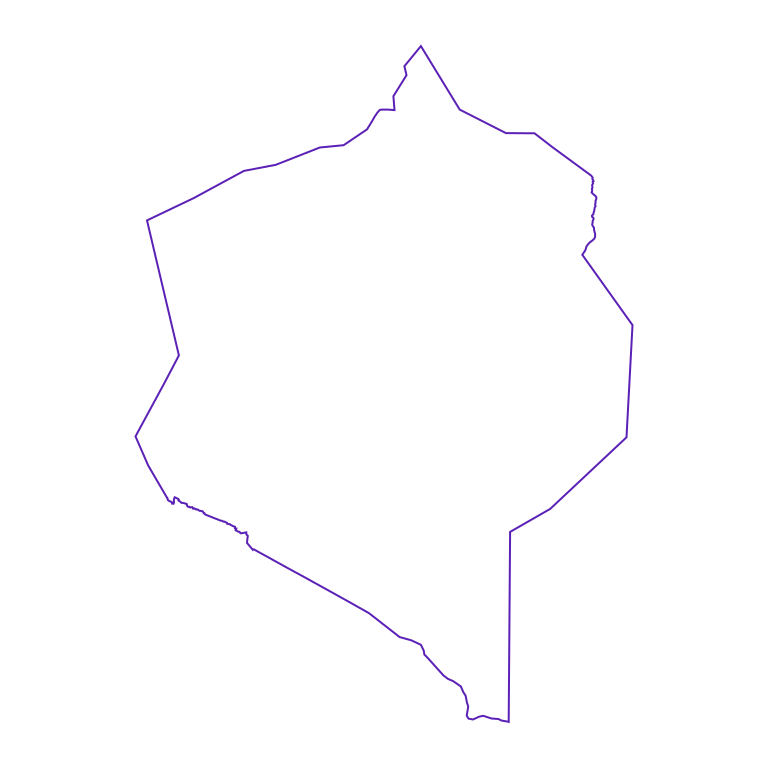 the district of Bugat, Govi-Altay, Mongolia
{"feature_id": "93677404B31159803957076", "entity_name": "Bugat", "entity_type": "district", "adm_level": 2, "iso_a3": "MNG", "parent_name": "Mongolia", "parent_adm1": "Govi-Altay", "projection": "mercator", "projection_center": [93.829, 45.194], "detail": "fine", "context": "isolated", "style": "outline", "palette": "violet", "viewbox_px": 768, "rotation_deg": 0, "n_neighbors": 0, "source": "geoboundaries", "source_scale": "gbopen_adm2", "svg_char_len": 4815}
<svg xmlns="http://www.w3.org/2000/svg" viewBox="0 0 768 768"><path d="M632.5,325.1L582.3,254.8L584.3,251.8L585.2,250.5L585.8,248.9L586.1,247.6L586.7,246.2L588.0,244.3L590.0,242.2L592.5,240.4L594.4,238.6L595.1,236.6L595.1,233.9L594.0,229.5L594.0,227.8L593.6,227.1L592.8,226.1L592.2,224.8L592.4,223.6L592.7,222.1L592.6,221.1L593.1,220.1L593.6,218.7L593.1,217.6L592.1,216.8L592.0,215.6L593.4,214.1L593.7,212.2L594.2,211.1L594.4,209.6L594.7,207.5L595.6,206.1L595.1,204.5L595.6,202.3L595.5,200.7L596.3,199.0L596.4,197.8L595.9,196.4L595.0,195.6L592.6,193.6L591.6,192.3L592.1,191.4L592.0,190.6L592.2,189.8L591.9,188.8L592.5,187.5L592.4,186.8L592.1,185.5L592.3,184.7L593.1,183.5L592.8,182.7L592.7,181.7L593.5,181.3L593.4,180.5L592.3,178.9L592.7,177.6L591.2,175.6L552.2,147.0L534.5,133.3L505.9,133.1L459.7,109.6L420.9,46.1L404.4,66.2L406.5,75.2L393.4,96.2L394.5,110.1L388.2,109.6L383.0,109.6L380.4,109.7L379.4,110.3L377.4,112.6L374.6,116.7L372.3,120.8L367.0,129.4L343.6,145.2L319.8,147.5L275.8,164.8L243.9,170.9L193.7,198.1L147.0,220.4L178.9,355.4L164.9,382.1L135.5,436.4L148.2,465.5L167.1,497.9L167.3,497.9L167.4,498.2L167.6,498.7L167.6,498.8L167.7,499.1L167.7,499.5L167.8,499.8L168.0,500.1L168.2,500.3L168.6,500.6L168.8,500.7L169.2,501.0L169.4,501.2L169.7,501.3L169.9,501.4L170.2,501.4L170.5,501.4L170.7,501.5L170.8,501.6L171.2,501.9L171.4,502.1L171.6,502.3L171.9,502.3L172.1,502.4L172.1,502.5L172.1,502.9L172.1,503.0L172.1,503.3L172.1,503.5L172.3,503.5L172.5,503.5L172.8,503.6L173.2,503.8L173.4,503.8L173.6,503.7L173.8,503.3L173.9,503.0L173.9,502.8L173.9,502.1L173.9,499.5L174.7,497.3L175.1,497.5L175.5,497.7L175.9,497.8L176.2,497.9L176.5,498.1L177.0,498.3L177.6,498.7L178.2,499.0L178.5,499.2L178.6,499.4L178.8,499.6L178.7,499.9L178.7,500.1L178.5,500.5L179.0,500.9L179.4,501.2L179.9,501.4L180.2,501.6L180.5,501.8L180.7,502.0L180.9,502.3L181.1,502.6L181.4,502.8L181.7,502.9L181.8,502.9L182.1,502.9L182.5,502.9L183.3,503.0L184.2,503.2L184.6,503.3L184.8,503.3L185.0,503.5L185.6,503.7L186.3,503.8L186.6,503.9L186.8,504.0L186.9,504.3L186.9,504.5L186.8,504.9L186.8,505.0L187.0,505.5L187.3,506.0L187.5,506.3L187.7,506.5L187.8,506.6L188.0,506.7L188.3,506.9L188.5,506.9L188.8,506.9L189.1,506.8L189.6,506.9L189.9,507.2L190.1,507.4L190.4,507.5L190.5,507.5L190.7,507.4L191.1,507.3L191.5,507.2L191.9,507.1L192.1,507.1L192.3,507.2L192.5,507.3L192.6,507.5L192.8,507.7L192.9,507.8L192.9,508.3L192.9,508.5L193.0,508.7L193.3,508.7L193.5,508.7L194.1,508.4L194.4,508.4L194.7,508.6L195.1,508.9L195.3,509.1L195.6,509.0L195.8,509.1L196.3,509.4L196.5,509.5L196.7,509.4L197.2,509.4L197.5,509.4L197.9,509.6L198.0,509.7L198.1,509.9L198.2,510.0L198.4,510.0L198.7,510.2L198.9,510.4L199.4,510.7L199.5,510.8L199.9,510.8L200.2,510.8L200.4,510.9L200.8,510.9L201.0,511.0L201.3,511.1L201.8,511.1L202.1,511.1L202.3,511.2L202.4,511.3L202.6,511.4L202.8,511.5L203.0,511.8L203.2,512.1L203.4,512.5L203.6,512.9L203.7,513.2L203.8,513.2L204.1,513.2L204.4,513.2L204.5,513.2L204.6,513.3L204.6,513.5L204.7,513.8L204.8,514.0L205.0,514.3L205.5,514.6L206.1,514.9L206.6,515.1L206.9,515.2L215.7,518.7L215.9,518.7L220.2,520.5L220.5,520.6L220.8,520.7L221.4,520.7L221.8,520.7L222.1,520.8L222.5,521.0L223.1,521.5L223.3,521.6L223.9,521.6L224.2,521.6L224.4,521.6L224.7,521.7L225.1,521.9L225.4,522.2L225.7,522.3L226.1,522.4L226.5,522.5L226.8,522.8L227.0,523.0L227.1,523.5L227.2,523.8L227.3,523.8L227.5,523.9L227.9,523.9L228.1,523.9L228.4,524.0L229.3,524.1L229.6,524.2L229.8,524.2L230.0,524.3L230.6,524.9L230.8,525.0L231.1,525.1L231.3,525.2L231.5,525.3L232.0,525.5L232.4,525.9L233.0,526.1L233.7,526.3L234.3,526.6L234.7,526.7L235.0,526.8L235.0,527.0L235.1,527.4L235.1,527.5L234.9,527.8L234.9,528.0L234.9,528.4L235.1,528.6L235.3,528.7L235.4,528.8L235.7,528.9L235.8,528.9L236.0,528.8L236.2,528.7L236.3,528.7L236.1,529.3L235.7,530.3L235.9,530.4L236.0,530.5L236.3,530.6L236.7,530.8L237.1,531.0L237.3,531.2L237.5,531.3L237.8,531.5L238.0,531.5L238.3,531.6L238.8,531.7L239.0,531.8L239.4,531.9L239.5,531.9L239.7,532.1L239.9,532.4L240.1,532.7L240.3,533.0L240.6,533.1L240.8,533.3L241.1,533.3L246.3,532.4L246.3,532.5L246.4,534.4L247.8,535.9L247.4,538.9L247.0,542.9L252.8,549.8L253.0,549.5L253.2,549.4L253.4,549.4L253.7,549.3L257.5,551.4L275.6,561.4L286.3,567.3L295.6,572.4L296.4,572.8L297.4,573.3L312.4,581.6L328.7,590.6L341.3,597.6L355.4,605.5L368.9,613.1L383.0,624.1L398.0,635.8L399.5,637.0L404.4,638.4L411.3,640.3L420.9,644.8L423.8,650.8L423.9,651.7L424.4,654.7L426.1,656.2L432.1,662.8L434.5,665.5L443.5,675.5L448.0,678.9L450.8,680.1L453.1,681.1L460.9,686.5L462.5,690.3L463.1,691.6L463.6,692.6L465.6,695.7L467.0,702.7L468.2,706.5L467.8,709.1L466.7,715.7L468.5,718.6L472.9,719.5L477.4,717.5L479.1,716.7L483.2,715.8L491.5,718.5L498.3,719.0L501.7,720.6L508.2,721.7L508.7,721.9L510.1,531.9L550.2,508.9L626.5,437.3L632.5,325.1L632.5,325.1Z" fill="none" stroke="#5b21b6" stroke-width="2"/></svg>